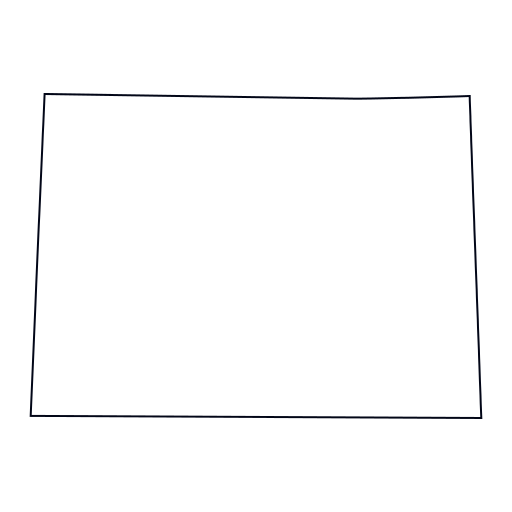 an SVG outline of Colorado
{"feature_id": "USA-3522", "entity_name": "Colorado", "entity_type": "State", "adm_level": 1, "iso_a3": "USA", "parent_name": "United States of America", "parent_adm1": "", "projection": "orthographic", "projection_center": [-105.117, 39.0], "detail": "medium", "context": "isolated", "style": "outline", "palette": "ink", "viewbox_px": 512, "rotation_deg": 0, "n_neighbors": 0, "source": "natural_earth", "source_scale": "10m", "svg_char_len": 907}
<svg xmlns="http://www.w3.org/2000/svg" viewBox="0 0 512 512"><path d="M44.6,94.0L357.2,98.7L364.4,98.6L371.7,98.5L400.6,97.9L407.8,97.8L415.1,97.6L444.0,96.8L451.2,96.6L458.5,96.4L469.7,96.0L469.8,101.1L470.0,106.1L470.2,111.1L470.4,116.1L470.5,121.2L470.7,126.2L470.9,131.2L471.1,136.3L471.2,141.3L471.4,146.3L471.6,151.3L471.8,156.4L472.1,166.4L472.3,171.5L472.5,176.5L472.8,184.0L473.0,191.6L473.3,199.1L473.6,206.7L473.9,214.2L474.2,221.8L474.4,229.3L474.7,236.9L475.0,244.4L475.3,252.0L475.8,267.1L476.1,274.6L476.4,282.2L476.7,289.7L476.9,297.3L477.2,304.8L477.5,312.4L477.8,319.9L478.0,327.5L478.3,335.0L478.6,342.5L478.9,350.1L479.1,357.6L479.4,365.2L479.9,380.3L480.2,387.8L480.5,395.4L480.7,402.9L481.0,410.5L481.3,418.0L30.7,415.9L31.1,405.8L35.4,305.3L35.8,295.2L36.2,285.1L38.8,224.8L39.3,214.7L42.4,144.3L42.8,134.2L43.3,124.2L44.6,94.0Z" fill="none" stroke="#020617" stroke-width="2"/></svg>